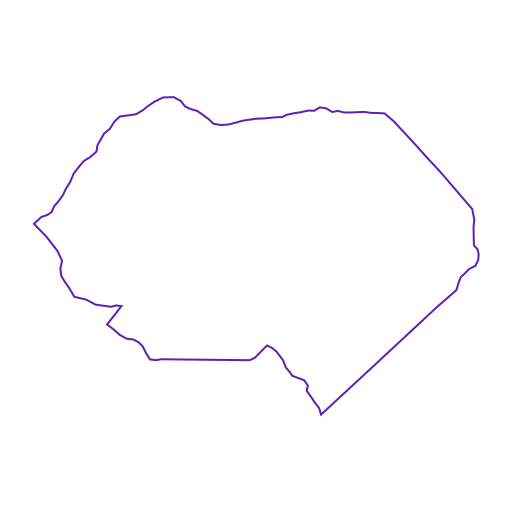 outline of Carnaubal, Ceará, Brazil, rotated 1°
{"feature_id": "56859067B53334562324316", "entity_name": "Carnaubal", "entity_type": "district", "adm_level": 2, "iso_a3": "BRA", "parent_name": "Brazil", "parent_adm1": "Ceará", "projection": "albers", "projection_center": [-41.024, -4.14], "detail": "fine", "context": "isolated", "style": "outline", "palette": "violet", "viewbox_px": 512, "rotation_deg": 1, "n_neighbors": 0, "source": "geoboundaries", "source_scale": "gbopen_adm2", "svg_char_len": 1612}
<svg xmlns="http://www.w3.org/2000/svg" viewBox="0 0 512 512"><g transform="rotate(1 256 256)"><path d="M108.3,327.1L115.2,332.1L121.2,337.3L128.0,340.9L135.2,341.7L140.6,344.7L144.4,348.5L148.1,355.6L151.8,361.2L157.6,361.9L163.1,360.9L251.4,360.3L256.6,357.8L263.1,351.0L268.6,345.3L274.1,347.9L278.4,351.5L284.9,359.8L287.7,366.9L291.2,370.7L294.3,375.1L306.5,379.5L310.1,384.7L309.0,389.9L312.6,394.6L317.5,401.7L321.7,406.9L323.8,413.4L329.5,408.0L385.9,353.9L438.1,303.6L456.9,286.7L458.9,279.7L461.1,273.6L465.5,269.4L469.0,265.5L475.5,262.0L478.2,256.1L478.6,250.4L477.4,245.4L473.7,241.6L473.4,234.6L473.0,223.0L473.6,215.5L472.5,210.6L471.4,205.4L440.8,170.9L436.7,166.5L428.5,158.0L423.1,152.3L411.3,139.7L391.1,118.6L382.0,111.2L374.4,110.9L368.4,110.9L361.8,110.0L354.0,110.5L347.0,110.9L341.3,110.9L335.3,109.5L329.8,110.7L323.5,107.1L317.2,106.3L311.6,109.8L306.0,109.6L298.5,111.4L290.5,112.8L284.4,114.2L279.8,116.6L273.0,117.0L262.9,118.2L253.3,118.8L241.0,120.8L233.8,122.9L226.5,124.9L218.9,125.7L211.2,124.5L206.2,119.9L194.8,112.0L188.2,110.3L182.4,107.7L178.1,102.3L171.0,98.6L160.3,99.1L151.8,103.5L144.7,108.4L140.7,112.0L133.6,116.3L126.6,117.5L117.4,118.9L112.1,124.0L107.8,131.2L102.0,136.2L98.3,143.0L95.5,148.1L94.7,154.4L88.2,160.2L82.1,164.1L77.0,170.4L72.3,176.7L68.8,185.4L64.9,191.7L62.0,198.3L57.8,204.4L53.1,210.1L51.0,215.6L46.6,218.6L40.6,220.8L33.4,227.7L46.5,240.8L57.3,254.3L62.2,264.1L60.6,272.3L61.7,279.4L65.7,285.7L69.9,291.5L75.1,300.0L86.8,302.5L96.4,307.4L111.6,309.3L117.2,307.9L122.3,308.5L108.3,327.1Z" fill="none" stroke="#5b21b6" stroke-width="2"/></g></svg>